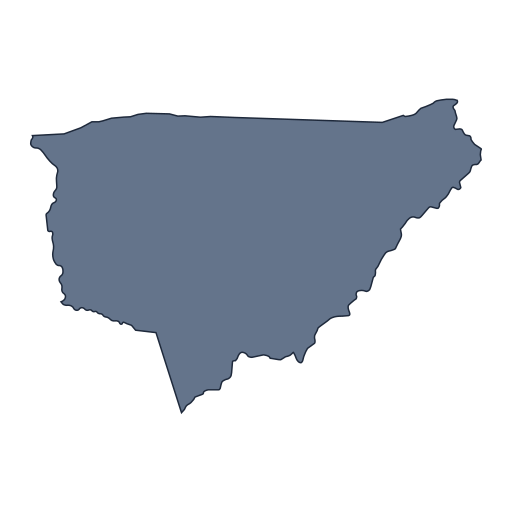 outline of San Marcos de Sierra, Intibucá, Honduras
{"feature_id": "27666195B33277731304286", "entity_name": "San Marcos de Sierra", "entity_type": "district", "adm_level": 2, "iso_a3": "HND", "parent_name": "Honduras", "parent_adm1": "Intibucá", "projection": "mercator", "projection_center": [-88.248, 14.123], "detail": "fine", "context": "isolated", "style": "filled", "palette": "slate", "viewbox_px": 512, "rotation_deg": 0, "n_neighbors": 0, "source": "geoboundaries", "source_scale": "gbopen_adm2", "svg_char_len": 5975}
<svg xmlns="http://www.w3.org/2000/svg" viewBox="0 0 512 512"><path d="M457.0,100.2L456.4,100.2L454.8,99.6L452.8,99.3L446.3,99.3L440.9,100.0L436.8,100.8L435.6,101.3L434.4,102.1L433.3,103.2L430.5,104.6L425.7,106.6L420.9,108.3L419.0,110.0L416.1,113.3L415.1,114.0L413.8,114.7L411.6,115.4L408.3,116.1L405.3,116.5L404.6,116.3L403.3,115.4L382.3,122.4L235.1,117.5L210.6,116.5L200.5,117.2L185.0,115.8L177.8,116.1L169.5,113.9L146.3,113.3L138.0,114.4L130.4,116.8L123.8,117.1L111.5,118.2L102.7,120.9L98.8,121.8L91.9,121.8L80.8,127.8L64.1,133.9L32.4,135.6L32.8,136.6L32.8,137.5L32.2,138.8L31.4,139.7L31.0,141.1L30.8,142.5L30.7,143.6L30.8,144.3L31.1,145.0L31.5,145.7L32.5,146.7L33.7,147.5L35.1,147.9L37.0,148.0L38.1,148.2L39.6,148.9L40.7,149.7L43.3,152.6L47.1,157.9L49.8,161.1L52.4,163.7L55.7,166.2L56.4,167.0L57.3,168.3L57.7,169.7L57.8,171.4L56.8,175.2L56.4,178.2L56.5,181.3L56.8,185.9L56.8,187.5L56.5,188.5L56.1,189.4L54.5,191.4L53.9,192.4L53.5,193.6L53.3,194.9L53.4,195.9L53.9,196.9L54.5,197.5L55.7,198.2L56.1,198.7L56.4,199.5L56.3,200.3L55.9,201.2L55.3,201.9L54.6,202.4L52.9,203.2L51.8,204.3L51.1,205.8L50.3,208.9L49.6,210.5L48.4,212.1L46.5,213.7L46.2,214.3L46.1,215.1L47.8,230.4L48.3,231.1L49.0,231.4L49.7,231.5L50.8,231.2L51.7,231.4L52.4,232.0L52.7,232.9L52.8,234.4L52.2,236.7L52.1,238.1L52.4,240.4L53.3,243.9L53.6,246.2L53.5,248.8L52.9,252.2L52.7,254.3L52.9,256.8L53.4,259.2L53.9,260.5L54.6,261.9L56.2,264.3L56.9,264.8L57.7,265.3L58.5,265.5L60.1,265.6L61.2,266.2L61.8,266.8L62.3,267.6L62.6,268.5L62.9,269.5L63.0,272.0L62.7,273.6L61.9,275.0L60.3,276.4L59.7,277.2L59.2,278.4L59.1,279.8L59.3,280.8L59.7,281.8L61.3,284.1L61.9,285.6L62.0,287.1L61.8,290.0L62.1,291.3L62.8,292.6L64.2,293.8L64.9,294.6L65.4,295.6L65.5,296.9L65.1,298.4L64.7,299.2L64.2,299.8L62.6,301.1L61.0,301.8L62.7,303.9L63.5,304.5L64.4,304.9L66.1,305.3L68.0,305.2L69.3,305.3L70.6,305.6L71.6,306.1L72.9,307.1L73.9,308.7L74.4,309.3L75.2,309.9L76.0,310.2L77.0,310.3L78.0,310.1L78.8,309.6L79.7,308.5L80.3,308.1L81.2,307.7L82.1,307.7L82.8,307.8L83.7,308.2L84.4,308.7L85.4,309.7L86.4,310.2L87.8,310.3L89.4,309.8L90.3,309.8L91.2,310.1L92.4,311.2L93.2,311.6L94.0,311.7L95.3,311.4L96.2,311.5L96.8,311.9L97.8,313.0L98.5,313.4L99.4,313.7L101.1,313.8L102.0,314.2L102.6,314.7L103.5,315.9L104.3,316.5L105.3,316.9L107.0,317.2L108.4,317.8L109.2,318.4L110.8,319.8L112.1,320.6L113.7,320.9L116.5,320.8L118.3,321.3L119.1,322.0L119.9,323.5L120.6,324.1L121.3,324.2L121.9,324.0L122.3,323.6L122.6,322.8L122.8,322.5L123.2,322.3L123.6,322.2L124.7,322.6L126.9,323.7L131.0,325.1L131.7,325.5L135.6,330.2L156.0,332.6L181.5,412.7L184.4,409.5L185.6,407.0L186.3,405.9L187.5,404.8L189.6,403.6L191.0,402.5L193.8,399.3L194.7,397.5L195.0,397.1L195.6,396.8L202.8,394.1L203.3,393.5L203.5,392.4L203.7,391.9L204.1,391.5L204.6,391.1L206.3,390.3L208.2,389.8L218.4,389.8L219.0,389.7L219.5,389.4L220.2,388.3L221.1,384.4L221.7,382.5L222.2,381.6L223.3,380.7L225.0,379.8L226.0,379.4L227.6,379.0L228.5,378.6L229.8,377.6L230.6,376.6L231.1,375.5L231.6,372.7L232.5,361.7L232.7,361.3L233.2,361.0L234.2,360.7L235.4,360.7L235.7,360.4L237.1,358.6L238.3,355.6L239.3,354.0L240.0,353.2L240.9,352.6L241.8,352.3L242.7,352.3L243.5,352.5L244.7,352.9L245.8,353.6L246.5,354.1L247.1,354.9L247.8,355.9L248.3,356.4L249.1,356.8L250.2,357.1L251.3,357.3L252.5,357.2L261.9,355.2L263.2,354.9L263.9,354.9L266.7,355.5L268.4,356.2L269.4,356.9L270.2,358.3L270.7,358.3L278.5,359.6L280.0,359.7L280.7,359.7L281.3,359.4L285.6,356.7L287.8,356.2L289.8,355.4L290.5,354.9L292.0,353.6L292.8,352.7L293.3,352.4L293.6,352.7L294.5,354.3L295.1,355.5L296.3,358.6L297.0,360.0L297.8,361.0L298.5,361.8L299.5,362.4L300.5,362.7L301.3,362.6L302.0,361.9L302.6,360.9L303.0,359.5L303.7,356.7L304.3,355.1L305.7,351.7L307.4,348.6L308.0,348.0L314.5,343.3L314.8,342.8L315.0,342.0L315.0,340.8L314.9,339.8L314.5,338.0L314.6,335.7L315.2,334.3L317.1,330.7L317.9,328.3L318.4,327.6L320.7,325.8L327.3,321.0L329.9,318.8L330.9,318.2L332.5,317.5L334.7,316.8L336.9,316.4L339.2,316.2L342.8,316.1L348.5,315.6L349.3,315.2L349.7,314.7L349.8,313.9L349.5,312.5L348.6,310.0L348.2,308.3L348.1,306.8L348.3,305.7L348.8,304.9L350.6,303.2L354.4,300.0L355.8,299.1L356.2,298.7L356.5,297.8L356.7,296.8L356.6,296.2L356.2,295.1L356.1,294.1L356.4,292.7L356.9,291.8L357.6,291.3L358.6,290.8L359.6,290.6L361.7,290.4L363.6,290.6L366.3,291.4L366.8,291.4L368.3,290.8L369.6,289.7L370.1,288.5L370.8,286.6L373.2,277.7L373.6,277.0L374.7,276.1L375.1,275.4L375.3,274.4L375.5,272.7L375.4,270.5L375.7,269.3L377.9,266.4L381.4,259.3L383.9,255.3L385.6,252.9L386.5,252.2L387.6,251.5L388.8,251.1L391.2,250.5L393.2,249.8L394.9,249.1L395.5,248.4L397.5,244.2L400.0,239.5L400.7,238.0L401.2,236.5L401.4,235.4L401.4,234.1L400.6,230.0L400.5,229.0L402.4,227.0L405.2,223.4L406.7,221.1L407.4,220.2L409.6,218.1L410.9,217.4L411.7,217.1L413.0,216.9L414.1,217.0L414.9,217.2L416.2,217.7L417.3,217.9L419.0,217.9L419.6,217.7L420.7,216.9L422.1,215.4L428.4,208.0L429.1,207.3L429.9,206.9L430.5,206.8L431.3,206.9L436.6,208.3L437.7,208.3L438.3,208.1L438.9,207.2L439.4,206.0L439.5,205.1L439.4,203.8L439.7,203.1L440.6,202.0L442.1,200.3L445.3,197.8L446.4,196.6L448.3,194.0L450.5,189.8L451.9,187.8L452.4,187.4L453.2,187.3L455.4,188.1L457.5,189.3L458.1,189.5L459.1,189.3L460.0,188.7L460.6,188.0L460.8,187.5L459.5,182.5L459.6,181.6L460.1,180.7L468.7,173.1L469.8,171.9L470.3,170.8L470.8,168.8L471.6,166.5L472.1,165.6L472.7,165.1L473.5,164.8L474.9,164.5L476.6,164.5L477.7,164.1L478.5,163.4L480.5,160.5L481.1,160.0L480.3,154.6L480.7,151.0L481.3,149.2L481.1,148.7L474.6,144.4L472.4,141.7L471.1,139.6L470.9,139.2L471.0,138.4L470.8,137.4L470.3,136.4L469.5,135.8L466.2,135.2L465.2,134.8L464.2,133.7L463.2,132.0L462.3,130.1L461.8,129.5L461.0,129.1L459.8,128.9L455.4,129.4L454.5,128.7L453.9,127.7L453.7,126.8L453.9,125.6L456.5,120.0L456.8,119.0L456.9,118.2L456.5,116.3L455.4,112.8L455.0,110.8L454.7,110.2L454.0,109.3L453.5,108.5L453.1,107.5L453.1,106.6L453.2,106.2L453.6,105.7L455.6,104.3L457.0,103.0L457.4,102.2L457.5,101.6L457.4,100.9L457.0,100.2Z" fill="#64748b" stroke="#1e293b" stroke-width="1.5"/></svg>